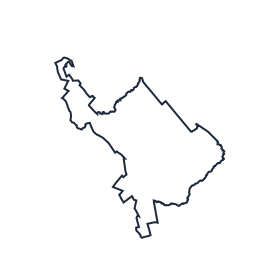 outline of Soy, Rift Valley, Kenya, rotated 140°
{"feature_id": "3690345B57881492347127", "entity_name": "Soy", "entity_type": "district", "adm_level": 2, "iso_a3": "KEN", "parent_name": "Kenya", "parent_adm1": "Rift Valley", "projection": "orthographic", "projection_center": [35.247, 0.733], "detail": "fine", "context": "isolated", "style": "outline", "palette": "slate", "viewbox_px": 256, "rotation_deg": 140, "n_neighbors": 0, "source": "geoboundaries", "source_scale": "gbopen_adm2", "svg_char_len": 5782}
<svg xmlns="http://www.w3.org/2000/svg" viewBox="0 0 256 256"><g transform="rotate(140 128 128)"><path d="M68.0,54.6L68.0,55.5L68.7,56.0L68.6,56.4L68.7,57.0L69.4,57.4L69.4,57.8L69.8,58.0L69.2,58.6L68.7,59.4L68.3,59.3L67.9,59.6L69.1,73.9L73.2,88.0L73.4,86.2L73.2,85.7L73.2,85.3L73.5,84.9L73.5,84.3L74.5,84.3L74.8,84.1L74.9,83.7L76.0,83.3L77.6,83.8L77.9,83.6L78.9,83.7L79.4,83.9L79.7,83.9L80.0,84.1L80.4,84.2L80.8,84.3L81.3,84.1L82.1,84.7L81.9,124.4L83.0,124.5L83.5,124.2L83.9,124.2L84.7,124.5L85.2,124.3L86.0,124.1L86.5,124.0L86.9,124.2L86.8,142.6L86.8,149.8L86.7,154.0L86.1,154.9L85.7,156.2L85.2,157.0L86.0,158.3L86.6,158.8L87.1,158.4L87.3,158.0L88.2,157.5L88.6,156.6L89.4,156.5L90.1,156.1L90.5,156.1L91.2,155.5L91.7,155.8L92.1,155.6L92.4,155.2L94.0,154.2L94.3,154.4L94.8,154.5L95.2,154.2L95.5,154.2L96.6,154.9L97.1,155.0L97.7,154.9L98.7,154.0L99.9,153.8L100.4,153.9L100.5,154.4L100.8,154.9L101.2,154.9L101.8,154.7L102.5,154.2L103.0,154.3L103.7,154.9L103.8,155.3L104.2,155.4L104.6,155.6L105.9,155.5L107.1,155.5L107.5,155.2L107.8,154.6L108.3,154.4L109.3,154.4L110.2,154.2L110.9,154.7L111.5,154.8L112.5,154.5L113.0,154.7L113.8,154.9L115.0,155.6L115.3,155.4L115.7,154.3L116.0,154.0L116.4,154.3L116.6,154.7L117.1,154.9L117.6,155.5L118.1,155.6L118.4,155.2L118.9,155.4L119.2,155.2L119.3,154.8L119.6,155.1L119.7,155.6L120.2,155.7L120.8,155.3L121.2,154.8L122.0,154.5L122.9,154.3L123.8,153.9L124.4,153.2L125.2,152.9L125.5,152.6L125.6,152.2L125.6,151.4L125.5,150.8L125.8,150.4L126.0,149.8L126.3,149.6L126.7,149.5L127.1,149.4L128.0,149.2L128.9,150.4L129.4,150.6L130.1,150.7L130.2,151.2L130.5,151.7L130.9,151.9L131.5,151.9L133.1,151.4L133.6,151.5L134.1,151.9L134.3,152.2L135.5,153.0L136.3,153.7L136.3,155.9L136.8,156.2L137.3,156.3L137.6,156.0L137.8,155.5L138.1,155.2L138.5,155.0L138.8,155.3L139.5,156.5L140.1,157.0L139.9,157.5L139.7,157.8L139.6,158.2L139.9,158.7L140.6,159.3L141.0,159.5L141.6,159.3L142.0,159.0L142.6,158.3L142.9,160.5L143.0,160.9L143.2,164.3L143.4,170.5L142.4,171.0L137.8,171.8L136.0,172.0L134.9,172.3L134.5,172.3L134.1,172.6L134.4,173.3L134.6,173.9L134.4,175.3L134.8,175.6L136.9,175.8L137.3,176.0L137.5,177.5L137.6,181.1L137.2,184.2L137.2,187.0L137.6,191.9L135.7,192.6L135.5,196.3L139.9,199.7L139.3,200.9L138.9,206.6L142.1,206.9L139.1,215.2L136.4,215.9L136.3,214.9L135.3,214.9L135.1,216.5L134.6,216.4L134.2,216.5L134.0,217.0L131.6,217.1L131.1,217.0L130.7,216.6L130.6,216.2L130.6,215.6L131.2,213.3L131.2,211.6L130.9,211.1L130.1,210.2L128.0,215.8L128.3,216.2L130.0,220.8L131.3,222.6L131.8,223.1L132.4,223.3L134.9,222.8L135.3,222.8L141.8,224.6L142.0,224.1L142.8,220.6L144.1,219.0L144.6,217.7L145.7,216.2L147.4,210.1L148.0,208.2L143.5,202.5L151.5,199.0L149.7,194.6L159.3,193.2L158.9,192.4L158.7,191.5L158.5,189.0L158.6,187.9L158.7,187.4L159.3,186.1L159.8,184.2L160.4,183.4L160.9,181.8L161.3,180.4L161.7,179.5L161.9,178.9L161.8,177.9L161.8,177.3L162.4,176.0L163.3,175.0L163.9,173.7L165.4,172.4L166.7,171.3L167.0,171.0L167.1,170.6L167.2,168.5L167.0,168.0L166.3,167.2L166.1,166.7L166.1,165.2L165.8,163.5L165.6,163.2L165.6,162.8L166.4,162.2L166.7,161.1L166.7,160.4L166.3,159.6L165.2,158.2L164.7,156.8L164.4,156.5L164.1,156.5L163.3,156.9L162.2,156.9L161.0,156.3L160.6,156.2L160.1,156.5L159.7,156.9L158.7,157.2L158.4,158.0L158.1,158.3L157.2,158.2L156.8,158.0L154.0,156.5L154.1,155.9L155.1,153.5L156.3,149.2L156.7,147.5L156.7,146.8L156.2,143.1L155.4,141.7L153.5,136.7L152.5,128.7L153.8,117.4L151.7,117.3L151.3,115.4L150.2,112.0L150.0,106.6L150.8,107.4L151.9,105.9L158.2,95.7L159.0,93.3L163.2,93.4L163.2,95.4L172.7,93.7L177.5,92.5L172.5,83.3L175.3,82.6L177.5,82.6L178.5,78.6L179.3,73.8L168.8,73.2L169.6,69.2L168.2,67.1L174.6,62.3L175.3,58.2L176.4,53.5L176.9,54.7L179.3,53.7L183.3,45.1L185.8,46.5L186.7,45.4L187.3,44.4L187.5,44.0L187.5,43.0L187.3,41.5L187.3,40.9L187.2,40.5L187.3,40.0L187.1,39.6L187.4,38.8L187.4,37.9L188.1,36.5L187.8,34.9L184.9,33.8L181.8,32.1L179.6,31.4L177.0,36.7L174.7,42.1L168.2,38.7L166.1,36.4L164.6,39.2L156.0,54.2L154.9,55.8L154.6,55.1L154.2,55.0L153.9,54.7L153.8,53.8L153.6,53.4L153.8,52.8L153.1,52.4L152.7,52.6L152.4,52.3L152.0,52.3L151.7,51.9L151.8,51.4L151.4,50.9L151.0,50.7L150.6,50.0L150.9,49.5L150.7,49.2L150.4,48.9L150.5,48.3L150.0,48.2L149.5,47.3L149.7,46.8L149.3,46.2L149.2,45.6L149.6,45.4L149.3,44.9L147.3,43.5L147.1,43.1L145.5,42.4L145.0,42.6L144.1,42.1L143.6,42.4L143.1,42.2L142.7,41.9L142.6,41.6L142.4,40.8L141.8,40.6L141.3,40.1L140.3,38.7L140.0,38.1L139.7,36.5L139.0,35.5L138.5,35.6L135.4,35.4L134.8,35.1L134.8,34.6L134.5,34.3L134.1,34.3L133.7,34.5L133.1,33.9L132.2,33.5L131.7,33.5L131.0,33.1L130.2,33.3L130.0,33.7L129.7,33.9L128.6,34.1L128.2,34.3L128.1,35.3L127.3,35.6L127.5,36.2L127.2,36.5L126.6,36.6L125.2,36.9L124.8,36.9L123.0,38.0L122.8,39.1L122.5,39.5L121.5,40.2L120.3,41.5L119.5,42.0L118.3,42.2L117.3,42.6L116.9,42.4L115.8,42.7L115.1,42.4L114.3,41.8L113.0,41.9L112.7,42.1L112.0,41.9L111.7,41.7L110.7,41.3L109.6,41.1L109.2,41.3L107.6,41.4L107.2,41.3L106.8,41.4L106.3,41.2L106.1,40.9L105.7,40.6L105.5,40.2L105.1,40.3L104.7,39.9L104.3,39.9L103.8,40.0L103.4,40.0L102.9,39.8L101.5,40.4L101.0,40.2L100.6,40.2L99.6,40.6L99.2,40.9L98.7,41.6L98.0,41.2L97.6,41.3L97.2,41.6L95.8,42.3L95.3,42.2L94.7,42.5L94.1,42.4L92.7,41.5L91.8,41.2L90.7,41.8L90.3,42.2L89.7,42.2L88.5,42.5L87.9,42.5L87.5,42.7L87.5,43.1L86.7,43.4L86.3,43.4L85.6,42.8L84.6,43.1L83.5,43.3L83.2,43.2L82.7,43.3L81.6,43.4L81.2,43.1L81.0,42.6L80.1,42.1L79.6,42.2L79.2,42.5L78.5,42.8L77.4,42.9L76.9,42.9L76.5,42.6L75.9,42.5L74.6,42.5L74.2,43.1L74.7,43.8L74.3,44.2L74.3,45.1L74.1,45.5L73.0,45.7L72.7,45.9L72.3,46.4L71.6,46.2L71.0,46.4L71.2,46.8L71.2,47.2L70.8,47.2L70.5,47.5L70.3,47.9L70.1,48.2L69.2,48.4L69.2,49.0L69.4,49.8L69.4,50.2L69.8,50.3L69.5,50.7L69.6,51.2L69.5,51.6L69.6,52.1L69.2,52.2L68.7,52.7L68.4,53.5L68.5,54.0L68.0,54.6Z" fill="none" stroke="#1e293b" stroke-width="2"/></g></svg>